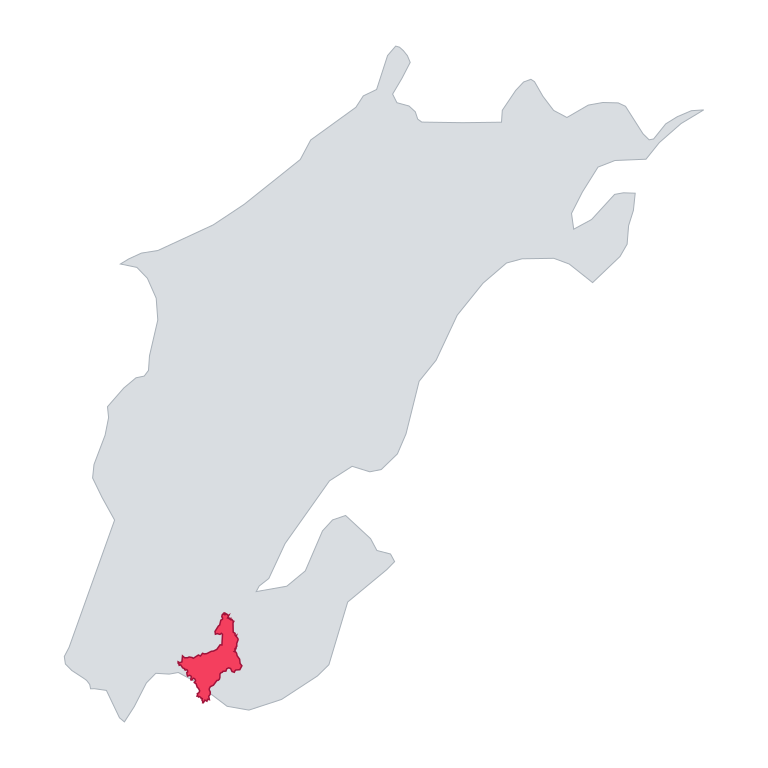 Carrillo, Guanacaste, Costa Rica shown in context, rotated 270°
{"feature_id": "36466004B81157491697278", "entity_name": "Carrillo", "entity_type": "district", "adm_level": 2, "iso_a3": "CRI", "parent_name": "Costa Rica", "parent_adm1": "Guanacaste", "projection": "mercator", "projection_center": [-85.608, 10.481], "detail": "medium", "context": "in_parent", "style": "filled", "palette": "rose", "viewbox_px": 768, "rotation_deg": 270, "n_neighbors": 0, "source": "geoboundaries", "source_scale": "gbopen_adm2", "svg_char_len": 3532}
<svg xmlns="http://www.w3.org/2000/svg" viewBox="0 0 768 768"><g transform="rotate(270 384 384)"><path d="M721.9,395.7L720.8,399.5L717.3,403.4L712.3,407.4L705.6,410.2L689.6,401.9L673.9,392.6L665.3,396.9L662.0,409.0L656.2,415.3L648.9,417.7L645.9,421.8L645.3,462.8L645.8,501.5L657.7,502.3L677.6,515.7L686.0,523.6L688.7,530.9L686.3,534.5L671.7,542.9L657.6,553.6L650.5,566.9L662.9,588.3L665.5,602.9L665.1,618.2L661.7,625.5L634.2,643.0L628.2,649.1L629.0,653.6L644.1,665.7L651.3,677.3L657.3,691.4L658.1,703.7L644.4,681.0L625.4,659.3L608.8,646.0L607.5,614.9L600.9,598.0L576.0,582.4L554.6,571.5L538.8,573.7L548.5,591.6L573.6,614.6L575.2,623.4L574.8,635.2L557.6,633.4L542.4,628.6L523.8,627.1L511.5,620.0L485.4,592.6L504.0,569.2L509.7,553.8L509.2,522.0L505.0,506.5L484.8,483.0L452.8,457.2L407.8,436.1L386.7,419.1L334.1,406.0L314.1,397.4L298.5,381.3L296.2,369.8L301.7,352.1L287.2,329.5L224.5,285.1L189.5,268.8L182.0,259.2L176.4,256.2L181.8,286.8L197.1,305.3L237.1,322.5L248.1,332.6L252.5,345.6L229.3,370.6L217.5,376.9L214.0,390.5L206.4,394.6L198.4,386.8L166.0,347.7L103.3,328.9L92.0,317.4L68.6,281.6L57.9,248.9L61.7,227.1L87.5,193.1L95.5,178.3L93.9,169.2L94.7,155.8L85.1,146.4L61.3,134.2L46.1,124.4L50.2,119.5L77.6,106.4L79.3,94.5L79.2,90.6L83.6,89.7L87.6,86.6L90.0,83.3L97.5,71.8L104.0,65.4L111.5,64.3L120.7,69.1L155.1,81.4L193.4,95.1L247.9,114.6L270.5,102.1L290.0,92.6L303.5,94.0L332.8,105.1L350.4,108.6L361.3,107.5L380.0,123.8L390.2,136.0L391.9,144.2L397.6,148.5L412.2,149.5L448.0,157.8L469.8,156.2L489.7,147.4L500.6,136.9L504.0,120.4L509.0,128.6L514.9,141.4L517.5,157.9L543.1,213.2L563.6,244.1L608.5,300.3L628.0,310.7L660.7,355.9L672.1,363.3L678.5,376.6L712.5,387.6L721.9,395.7Z" fill="#d9dde1" stroke="#a8b0b8" stroke-width="1"/><path d="M150.1,228.5L150.3,227.7L153.0,229.0L152.5,228.2L153.9,226.8L153.6,225.9L154.2,226.1L155.1,224.7L155.0,224.2L154.5,224.6L153.5,224.2L154.1,223.1L153.2,222.2L151.2,221.8L150.0,222.6L148.7,222.4L147.8,220.8L143.0,219.7L142.0,218.4L136.6,215.0L133.8,215.4L134.4,217.2L133.6,220.0L134.7,221.3L133.7,222.5L123.0,221.9L123.2,220.1L118.6,216.8L116.9,213.4L116.7,211.3L114.4,206.8L114.1,204.4L114.7,202.5L112.0,200.5L113.0,198.4L109.7,193.3L110.5,192.1L111.0,189.1L110.3,187.7L110.2,184.7L112.1,182.5L106.1,181.9L105.3,179.7L106.2,178.1L104.8,178.1L103.6,179.1L102.7,179.2L103.1,180.7L100.1,182.7L99.3,184.7L98.3,184.6L97.9,185.5L98.4,186.7L97.6,187.5L96.0,187.7L95.4,186.8L93.1,187.1L91.9,187.6L92.7,189.7L91.9,191.0L91.3,191.4L89.1,190.8L88.0,191.0L88.0,191.9L89.8,193.2L89.3,194.6L88.1,195.3L87.1,195.6L85.4,194.3L84.2,196.1L80.8,197.2L79.6,198.5L77.2,199.7L75.4,199.0L74.3,197.3L73.3,197.6L71.9,197.0L71.8,198.1L71.0,198.5L71.4,199.5L70.3,201.0L69.5,201.1L69.4,202.3L67.8,202.0L66.2,202.9L65.3,202.7L65.3,203.4L67.9,204.9L66.8,206.9L68.7,207.5L68.3,209.4L71.7,208.7L73.5,210.1L75.9,210.3L78.3,209.2L79.7,209.4L81.4,210.4L82.8,213.4L87.5,216.9L87.7,218.2L88.8,219.4L90.6,219.9L93.9,219.9L95.2,220.9L95.8,222.4L96.7,223.0L96.9,225.9L99.2,226.7L100.2,228.7L99.5,230.6L96.5,232.0L95.7,234.3L97.4,235.1L98.0,235.9L98.3,239.8L102.2,241.9L104.5,240.1L108.8,239.6L112.3,237.1L114.7,236.6L115.9,235.8L116.5,234.2L117.2,235.2L118.1,234.8L119.1,235.8L119.6,235.2L120.1,236.1L121.6,236.3L121.8,236.8L124.5,236.7L128.2,238.1L129.4,237.9L131.7,236.2L132.7,236.5L132.1,235.7L133.0,235.0L134.6,235.1L135.9,233.2L145.1,233.0L146.7,233.8L147.0,233.0L148.4,232.0L148.2,231.3L149.1,231.0L148.4,230.7L149.3,229.7L148.8,228.8L149.5,229.3L149.9,228.1L150.1,228.5Z" fill="#f43f5e" stroke="#9f1239" stroke-width="1.5"/></g></svg>